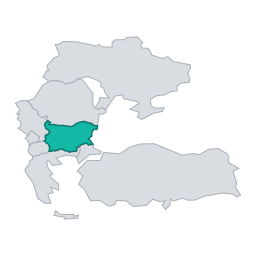 Bulgaria highlighted, Robinson projection
{"feature_id": "BGR", "entity_name": "Bulgaria", "entity_type": "country or territory", "adm_level": 0, "iso_a3": "BGR", "parent_name": "Europe", "parent_adm1": "", "projection": "robinson", "projection_center": [24.961, 42.741], "detail": "fine", "context": "with_neighbors", "style": "filled", "palette": "teal", "viewbox_px": 256, "rotation_deg": 0, "n_neighbors": 7, "source": "natural_earth", "source_scale": "50m", "svg_char_len": 5544}
<svg xmlns="http://www.w3.org/2000/svg" viewBox="0 0 256 256"><path d="M151.2,105.8L155.4,108.3L163.9,107.7L162.5,111.4L153.4,113.2L142.2,119.3L137.4,117.2L139.1,112.2L129.7,109.2L139.0,103.7L136.5,101.4L123.4,98.7L122.7,94.9L115.0,96.1L105.8,109.5L101.9,107.8L98.0,109.4L94.2,107.5L96.3,106.4L99.9,99.5L99.3,97.7L109.0,97.8L105.0,92.6L103.7,88.2L100.6,86.5L101.2,83.0L97.4,80.2L87.8,76.6L76.9,79.1L74.9,81.6L65.9,84.2L62.1,81.6L51.7,80.4L48.1,82.7L47.6,79.9L43.0,77.0L47.0,70.2L48.8,70.8L46.7,66.1L54.2,57.5L58.3,56.3L59.2,53.5L55.2,44.6L59.0,44.2L63.4,41.4L77.8,42.0L96.2,46.1L99.2,44.3L101.4,46.7L111.9,47.2L112.3,42.1L114.7,39.9L124.6,39.7L126.5,37.4L137.2,36.9L142.7,42.6L140.8,44.7L141.6,47.9L148.1,48.4L151.2,52.8L151.2,54.8L161.8,58.4L167.9,56.7L173.3,61.5L190.3,64.8L190.7,67.9L187.8,73.3L190.0,79.0L189.0,82.5L181.0,83.2L177.0,86.1L177.0,90.8L170.4,91.6L165.1,94.9L157.3,95.5L150.3,99.4L151.2,105.8Z" fill="#d9dde1" stroke="#a8b0b8" stroke-width="1"/><path d="M94.2,107.5L98.0,109.4L101.9,107.8L105.8,109.5L106.0,112.2L102.0,114.5L99.4,113.5L97.3,126.2L86.0,121.3L76.1,123.7L71.9,126.4L49.6,125.0L45.7,118.8L47.7,117.0L45.6,115.7L42.9,118.1L38.1,115.0L37.5,110.7L32.4,108.3L31.5,105.0L27.1,100.9L33.8,98.9L43.0,84.8L51.7,80.4L62.1,81.6L65.9,84.2L74.9,81.6L76.9,79.1L80.4,79.1L82.9,80.2L93.1,93.8L92.6,102.8L94.2,107.5Z" fill="#d9dde1" stroke="#a8b0b8" stroke-width="1"/><path d="M78.5,215.1L77.4,218.2L64.6,219.1L64.7,217.4L53.9,215.3L55.6,210.8L60.4,214.4L73.9,214.5L73.7,216.4L78.5,215.1ZM49.5,151.1L55.8,151.4L62.7,148.5L68.8,152.2L76.6,151.2L76.6,146.0L80.8,148.8L78.2,155.4L76.2,156.5L66.4,155.2L56.0,158.0L61.9,163.9L52.7,165.6L48.2,160.2L46.5,162.5L48.4,168.8L52.7,173.8L49.4,176.1L58.6,184.1L58.7,190.1L50.6,187.3L53.1,192.7L47.6,193.8L50.8,203.2L45.0,203.3L37.8,198.7L33.2,183.1L25.5,172.2L25.0,169.2L29.1,164.1L29.7,160.6L32.5,159.1L32.7,156.3L38.4,155.4L41.7,153.1L46.4,153.3L49.5,151.1Z" fill="#d9dde1" stroke="#a8b0b8" stroke-width="1"/><path d="M240.6,195.2L236.6,197.0L233.3,194.3L223.0,193.0L204.7,196.1L194.8,200.1L187.6,200.1L182.8,198.1L173.3,201.0L170.3,199.0L170.1,204.9L165.5,209.5L162.1,204.7L165.3,200.8L159.9,201.7L152.5,199.2L146.7,205.3L133.3,206.5L126.0,200.8L116.5,200.5L114.6,204.9L108.5,206.1L99.9,200.5L90.3,200.7L85.0,190.1L78.6,184.2L82.8,176.0L77.2,170.9L86.8,160.8L100.1,160.4L103.6,152.4L120.0,153.8L130.1,146.9L140.0,144.0L154.2,143.7L182.1,155.2L192.1,153.6L199.5,154.5L209.3,149.1L218.4,148.6L227.1,153.7L228.9,157.4L228.5,162.5L238.8,168.3L233.1,171.3L236.7,183.5L235.2,186.7L240.6,195.2ZM76.6,146.0L85.4,142.7L92.7,144.1L93.8,148.1L101.4,151.5L99.9,154.1L89.6,154.7L78.8,163.6L76.2,156.5L78.2,155.4L80.8,148.8L76.6,146.0Z" fill="#d9dde1" stroke="#a8b0b8" stroke-width="1"/><path d="M44.7,140.8L48.9,144.2L49.5,151.1L46.4,153.3L41.7,153.1L38.4,155.4L32.7,156.3L29.2,153.8L28.1,149.3L30.8,143.6L44.7,140.8Z" fill="#d9dde1" stroke="#a8b0b8" stroke-width="1"/><path d="M15.4,103.2L21.9,100.4L27.1,100.9L31.5,105.0L32.4,108.3L37.5,110.7L38.1,115.0L42.9,118.1L45.6,115.7L47.7,117.0L45.7,118.8L47.2,120.6L45.1,123.0L45.8,126.9L49.9,131.4L46.6,134.7L45.2,138.1L46.1,139.3L44.7,140.8L37.8,141.6L39.5,137.0L31.4,130.8L26.6,135.6L27.3,134.7L17.9,128.1L19.9,127.7L21.3,122.7L17.3,118.7L19.6,114.0L16.5,114.1L19.9,110.1L15.4,103.2Z" fill="#d9dde1" stroke="#a8b0b8" stroke-width="1"/><path d="M29.2,145.7L28.7,141.9L25.0,138.0L28.7,134.9L29.9,131.4L31.4,130.8L39.5,137.0L37.8,141.6L30.8,143.6L30.3,145.8L29.2,145.7Z" fill="#d9dde1" stroke="#a8b0b8" stroke-width="1"/><path d="M92.9,144.5L91.7,144.3L91.3,144.4L91.1,144.6L90.5,144.6L89.9,144.6L89.2,144.9L88.8,145.0L88.3,144.7L87.3,143.9L86.7,143.3L86.3,143.2L85.9,143.4L84.3,143.5L83.9,143.9L83.2,144.3L82.5,144.4L81.5,144.6L80.9,144.5L80.6,144.7L80.4,145.3L80.2,145.8L80.0,146.0L78.7,146.3L78.5,146.6L78.4,146.9L78.4,147.1L77.4,146.9L76.6,147.1L76.4,147.3L76.2,147.6L76.3,148.0L76.6,148.3L76.9,149.2L77.0,150.1L76.8,150.6L76.2,151.0L75.0,151.4L73.8,151.2L73.3,151.4L72.4,151.4L71.6,151.5L70.4,151.9L69.2,152.1L68.2,151.4L67.0,150.8L65.7,150.5L65.3,150.8L65.1,150.9L64.1,150.3L63.6,150.0L63.4,149.8L62.9,148.9L62.7,148.8L61.8,149.2L61.0,149.2L60.5,149.1L59.0,149.1L58.8,149.8L58.6,149.8L58.2,149.9L57.4,149.9L56.4,150.3L55.3,150.6L54.5,150.6L53.6,150.5L53.1,150.6L51.9,150.6L51.2,151.3L50.1,151.3L49.1,151.2L49.3,150.9L49.5,148.3L49.9,147.1L49.9,146.9L49.8,146.7L49.4,146.5L49.1,145.9L48.5,144.2L48.2,143.9L47.2,143.5L46.4,143.1L45.6,142.4L44.3,140.9L45.0,140.7L45.2,140.4L45.9,139.5L46.0,139.1L45.9,138.9L45.5,138.4L45.2,137.5L45.4,136.7L45.4,136.3L45.2,135.8L45.5,135.3L45.9,135.0L46.2,134.9L47.5,134.9L48.3,133.8L48.8,133.4L49.3,132.8L49.5,132.6L49.8,132.1L49.8,131.7L48.8,131.0L48.5,130.5L48.1,129.9L47.5,129.5L46.3,128.9L45.8,128.2L45.6,127.3L45.3,126.6L44.9,126.2L44.9,125.9L44.7,125.4L44.7,124.6L45.0,123.4L45.2,123.0L45.6,122.9L46.7,122.3L46.8,121.6L47.0,121.1L47.3,120.8L47.6,120.6L48.2,121.1L49.7,121.8L50.4,122.3L50.3,122.6L50.0,122.9L49.4,123.3L49.0,123.7L48.9,124.2L49.0,124.5L49.4,124.9L52.0,124.4L54.6,124.7L58.2,125.4L60.5,125.6L62.2,125.3L65.4,125.9L68.4,126.4L71.3,126.6L72.9,126.1L74.0,125.6L75.0,124.5L77.4,123.0L79.7,122.2L82.7,121.6L84.7,121.4L85.0,121.6L87.6,122.9L88.8,122.9L89.7,123.1L90.0,123.5L90.3,123.6L91.5,123.2L92.1,124.0L92.9,125.0L94.4,125.5L95.7,125.8L96.1,125.8L97.5,125.8L97.3,128.4L96.5,129.5L95.3,129.1L93.7,129.5L92.9,130.8L92.4,131.2L92.0,131.7L91.7,133.4L91.7,136.3L91.1,136.6L90.6,136.7L88.3,139.2L89.6,139.9L90.2,140.5L91.2,142.0L92.6,143.7L92.9,144.5Z" fill="#14b8a6" stroke="#0f766e" stroke-width="1.5"/></svg>